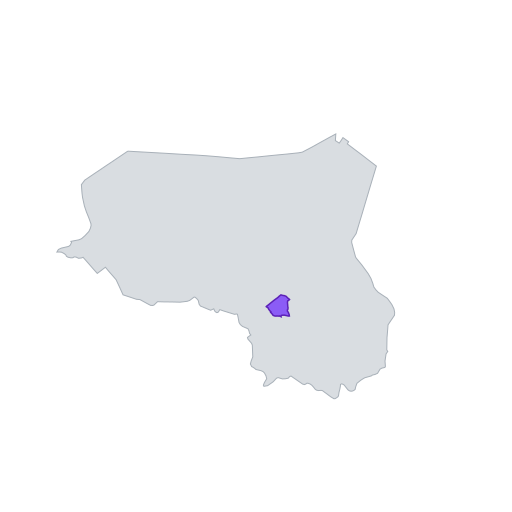 location of Al-Daur, Sala ad-Din, Iraq, rotated 140°
{"feature_id": "34846034B11462984737824", "entity_name": "Al-Daur", "entity_type": "district", "adm_level": 2, "iso_a3": "IRQ", "parent_name": "Iraq", "parent_adm1": "Sala ad-Din", "projection": "equal_earth", "projection_center": [44.202, 34.56], "detail": "fine", "context": "in_parent", "style": "filled", "palette": "violet", "viewbox_px": 512, "rotation_deg": 140, "n_neighbors": 0, "source": "geoboundaries", "source_scale": "gbopen_adm2", "svg_char_len": 4545}
<svg xmlns="http://www.w3.org/2000/svg" viewBox="0 0 512 512"><g transform="rotate(140 256 256)"><path d="M216.4,98.2L219.3,97.4L224.7,92.6L227.9,88.2L228.9,87.8L231.7,89.2L233.7,89.6L238.3,88.0L241.1,88.8L243.4,90.0L244.7,90.0L250.9,92.8L252.5,93.1L255.7,93.5L260.5,93.6L263.6,91.8L265.8,90.1L267.3,90.1L268.8,90.5L270.1,91.3L271.1,92.6L271.6,94.4L271.4,100.4L271.9,102.0L272.7,103.1L273.8,103.3L275.1,102.0L277.4,100.1L280.2,98.1L282.3,96.2L283.5,95.5L285.4,95.6L287.2,95.9L288.2,96.8L288.2,97.1L289.2,99.9L291.7,110.4L293.1,111.7L294.7,112.8L295.9,114.4L296.3,115.9L296.2,118.4L296.3,121.2L296.9,123.3L297.9,125.0L298.7,125.8L300.0,125.9L301.5,126.3L302.6,127.9L305.9,139.9L306.3,141.5L307.6,142.0L309.9,141.7L312.3,143.0L314.8,144.9L317.2,148.6L318.8,149.2L323.7,148.6L330.5,149.2L333.7,151.1L333.4,152.3L331.0,153.6L326.7,155.1L325.4,157.7L324.7,161.0L324.9,162.9L325.9,165.0L329.0,169.1L329.2,170.6L329.8,172.7L330.4,174.1L329.7,176.9L327.0,178.8L323.3,180.8L316.1,190.1L315.5,192.0L315.6,197.5L314.9,199.1L312.6,199.0L310.7,198.8L310.7,200.7L309.5,203.2L308.9,205.4L311.6,210.7L312.1,213.5L311.7,216.0L309.2,220.4L307.7,223.3L308.1,224.0L310.0,225.2L316.2,234.8L318.2,238.2L320.7,237.3L321.7,237.4L322.5,237.9L322.9,239.1L323.0,240.5L322.3,242.7L325.6,243.6L326.8,245.8L330.7,253.3L330.6,255.5L328.8,259.1L328.8,261.5L329.2,263.6L329.8,264.3L335.4,264.6L337.8,265.5L343.8,269.4L350.5,275.3L356.1,280.1L360.8,284.3L365.8,284.0L367.2,284.7L368.5,286.0L369.9,289.4L372.9,297.2L375.4,299.7L379.2,305.9L382.8,311.7L380.6,319.6L378.4,327.8L378.6,338.5L378.6,344.2L383.5,344.4L388.8,344.7L389.0,351.5L389.1,358.4L389.3,366.2L390.8,366.6L393.4,368.3L394.5,370.8L395.9,372.2L397.5,372.4L399.1,373.7L400.8,375.9L401.4,377.7L401.0,378.8L401.3,380.9L402.5,383.9L403.9,385.3L406.0,387.0L403.2,388.0L400.1,387.2L393.4,383.8L391.3,383.7L388.5,385.0L388.4,386.2L381.4,382.3L378.9,381.5L378.0,381.4L374.0,381.5L368.3,382.2L365.0,383.7L362.7,385.4L361.6,387.0L361.3,387.9L359.5,392.8L357.5,399.0L355.3,404.6L351.2,412.4L348.8,416.1L343.9,422.9L338.4,424.2L325.8,422.9L311.7,421.4L297.8,419.9L287.4,418.8L286.6,418.5L276.3,408.8L268.2,401.2L258.1,391.7L247.9,382.0L237.4,372.2L229.9,365.0L220.7,355.9L212.4,347.5L205.9,341.0L197.4,335.2L190.9,330.7L181.3,324.2L173.7,319.0L167.2,314.5L157.1,307.7L153.8,305.8L143.3,303.5L133.4,301.6L123.2,299.6L116.4,298.2L121.0,293.4L119.7,289.0L116.4,289.8L113.3,290.8L111.6,284.0L114.0,283.2L112.0,274.4L109.9,265.3L108.0,256.5L106.0,247.5L114.7,241.8L121.3,237.5L130.4,231.5L139.2,225.7L147.5,220.2L156.7,214.2L164.9,208.8L172.4,206.6L174.0,204.9L177.5,197.5L180.4,191.2L180.6,189.8L180.7,180.9L181.4,170.4L182.4,164.9L184.1,160.0L185.7,156.4L185.9,153.0L185.7,149.6L184.2,144.5L182.6,139.2L182.9,134.0L183.2,131.2L184.3,126.8L186.1,123.6L188.0,121.6L195.0,119.6L199.1,118.4L204.7,112.7L208.1,109.3L212.7,104.0L216.1,100.1L216.4,98.7L216.4,98.2Z" fill="#d9dde1" stroke="#a8b0b8" stroke-width="1"/><path d="M275.8,193.4L275.7,193.6L275.2,194.1L274.8,194.2L274.5,194.1L273.9,193.7L273.2,193.2L272.5,192.6L272.1,192.3L271.8,191.8L271.0,190.8L270.2,189.7L269.8,189.2L269.0,188.6L268.2,189.9L268.1,190.2L267.9,190.9L267.8,191.3L267.6,191.6L267.5,191.8L267.4,192.1L267.4,192.5L267.5,192.9L267.5,193.3L267.2,193.8L266.7,194.4L266.5,194.6L266.2,194.6L265.8,194.7L265.1,195.4L264.7,195.8L264.6,196.0L264.3,196.6L264.1,196.9L263.6,197.6L263.4,197.9L263.0,198.4L262.7,198.9L262.4,199.3L262.1,199.7L261.8,200.1L261.7,200.3L261.4,200.6L260.9,201.0L260.5,201.3L260.1,201.2L259.9,201.1L259.4,201.0L259.0,201.1L258.5,201.1L258.3,201.1L258.3,201.6L258.4,202.2L258.4,202.5L258.6,202.9L258.7,203.4L258.7,203.5L258.8,205.2L258.8,205.6L259.2,206.4L259.4,206.8L259.8,207.5L260.5,208.2L261.2,209.1L261.4,209.4L261.5,209.6L261.9,210.2L264.3,210.3L265.0,210.2L266.4,210.2L266.8,210.2L267.6,210.3L269.2,210.4L270.8,210.5L271.2,210.5L274.8,210.6L276.2,210.6L277.8,210.6L279.3,210.7L280.2,210.7L280.4,210.7L280.7,210.6L280.6,210.3L280.6,210.1L280.5,209.8L280.4,209.5L280.3,209.2L280.2,208.9L280.1,208.7L280.2,208.1L280.4,207.6L280.4,207.2L280.5,207.0L280.5,206.6L280.6,205.8L280.6,205.2L280.6,204.7L280.5,204.2L280.4,203.9L280.7,203.7L280.9,203.6L281.1,203.4L281.0,203.1L280.9,202.9L280.9,202.7L280.9,202.4L281.0,201.9L280.9,201.3L280.9,201.1L280.9,200.7L281.0,200.0L281.1,199.7L281.0,199.4L280.8,199.0L280.1,197.9L280.0,197.7L279.2,197.1L278.6,196.6L278.2,196.3L277.9,196.0L277.6,195.7L277.4,195.5L277.1,195.3L276.9,195.2L276.6,195.1L276.5,194.8L276.3,194.2L276.0,193.8L275.8,193.4Z" fill="#8b5cf6" stroke="#5b21b6" stroke-width="1.5"/></g></svg>